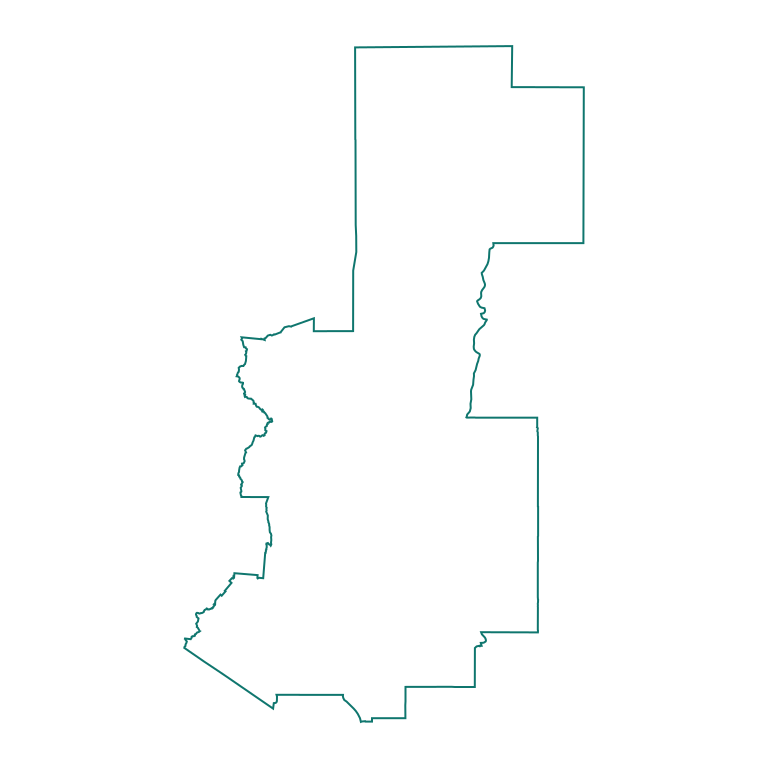 outline of Mid Murray, South Australia, Australia
{"feature_id": "25037944B98973302778113", "entity_name": "Mid Murray", "entity_type": "district", "adm_level": 2, "iso_a3": "AUS", "parent_name": "Australia", "parent_adm1": "South Australia", "projection": "albers", "projection_center": [139.499, -34.416], "detail": "fine", "context": "isolated", "style": "outline", "palette": "teal", "viewbox_px": 768, "rotation_deg": 0, "n_neighbors": 0, "source": "geoboundaries", "source_scale": "gbopen_adm2", "svg_char_len": 6087}
<svg xmlns="http://www.w3.org/2000/svg" viewBox="0 0 768 768"><path d="M184.3,647.9L204.0,661.5L224.5,675.2L273.1,708.6L273.8,703.1L275.7,702.9L276.6,702.0L276.9,701.0L277.0,696.5L276.5,694.8L343.0,694.9L342.9,696.4L343.3,698.0L344.3,700.0L346.6,701.6L353.7,708.6L355.8,711.0L357.8,713.9L360.0,718.2L360.9,721.9L361.9,721.5L365.2,721.2L365.4,721.6L372.0,721.6L372.0,718.2L405.4,718.2L405.3,705.1L405.5,701.4L405.5,686.9L451.8,686.8L454.9,687.0L474.8,687.0L474.9,648.0L476.6,646.4L479.3,645.8L479.3,646.1L479.9,646.3L481.1,645.5L481.3,645.8L481.6,645.8L480.8,642.9L483.0,642.8L483.9,642.6L485.5,641.6L485.9,640.9L485.9,640.1L485.5,638.6L484.8,637.4L481.9,634.3L481.1,632.2L537.9,632.4L538.0,630.6L537.8,629.6L537.9,607.2L537.8,606.7L537.9,605.7L537.8,603.4L538.0,602.4L538.1,599.5L537.9,599.2L537.9,597.9L537.8,597.5L537.8,562.5L538.0,561.0L537.9,536.5L538.1,536.1L538.1,506.6L537.9,506.5L538.0,436.3L537.8,435.6L537.8,432.3L537.3,431.2L537.8,428.3L537.4,427.5L537.0,427.3L537.2,426.6L537.2,417.7L475.8,417.7L474.8,417.5L466.8,417.6L466.4,417.4L466.7,416.7L467.2,414.5L469.8,411.5L470.7,408.1L470.5,403.8L471.3,399.3L471.0,391.3L471.2,389.7L473.1,384.8L473.5,379.6L474.0,376.1L473.9,373.4L475.6,370.1L477.1,363.9L478.2,361.0L478.7,358.5L479.7,355.9L479.8,355.1L479.7,354.3L479.3,353.8L476.4,352.1L475.4,351.2L474.2,349.6L473.9,348.8L473.7,346.7L474.1,343.3L473.9,339.6L474.3,336.9L475.2,334.7L476.4,333.4L479.3,329.2L483.9,325.2L484.5,324.3L485.1,322.6L486.8,320.0L486.8,319.6L484.8,319.2L483.6,318.9L482.9,318.4L482.3,317.7L481.6,316.5L481.0,313.8L483.7,313.2L484.8,311.9L485.1,310.4L484.5,308.2L481.5,307.6L479.9,306.7L478.0,303.7L477.1,301.3L477.2,301.0L477.8,300.4L479.6,299.2L480.8,297.9L481.3,296.2L481.1,293.2L481.2,292.0L482.1,290.1L484.3,287.2L484.9,285.8L485.0,284.3L484.6,283.0L483.4,280.1L482.7,276.7L481.9,274.3L481.7,272.9L483.3,271.3L484.0,270.5L487.5,264.1L488.4,261.2L489.0,257.8L489.3,252.2L489.6,249.4L490.3,248.7L492.5,247.7L493.2,246.7L493.6,245.6L493.3,243.1L583.4,243.1L583.8,87.3L511.7,87.1L512.2,46.1L355.1,47.4L355.3,139.5L355.5,139.9L355.7,224.9L356.2,236.0L356.3,252.0L353.2,270.6L353.1,331.1L313.8,331.2L313.9,318.3L291.7,326.2L291.3,326.6L288.9,326.2L284.5,327.3L280.8,332.0L280.7,332.4L280.3,332.5L280.3,332.4L274.7,334.6L274.1,334.3L272.7,335.2L271.8,335.5L270.3,334.8L267.8,335.6L265.8,337.9L264.5,338.5L264.7,340.0L261.3,338.8L261.2,339.2L241.6,337.3L242.1,338.3L241.3,339.7L242.7,341.2L243.3,344.8L244.1,347.2L245.6,347.3L245.8,348.2L247.0,349.2L246.6,350.9L245.9,351.2L246.3,352.7L245.9,354.0L245.2,354.8L245.8,355.9L246.3,356.1L245.9,361.0L245.0,364.1L244.3,364.6L243.4,366.0L241.6,365.9L241.1,366.1L239.7,366.7L239.5,367.1L238.7,367.8L239.0,369.7L238.7,371.9L238.1,372.3L237.8,372.8L237.7,373.4L237.0,374.9L237.2,375.3L236.7,376.3L238.0,376.5L238.9,377.1L239.6,378.0L239.7,378.9L239.0,381.1L239.6,381.9L240.7,382.5L242.3,382.6L243.0,382.8L243.0,383.8L242.4,384.8L242.1,386.2L242.3,387.4L242.6,387.9L243.8,388.8L243.7,389.3L244.1,389.4L245.1,392.0L244.9,392.6L244.0,393.5L244.0,393.8L245.2,394.5L245.0,395.3L244.6,395.6L244.7,396.3L245.0,397.0L245.8,396.7L246.9,397.1L247.5,398.2L248.9,398.6L251.1,398.7L251.5,399.3L252.3,399.6L253.6,401.1L253.6,402.4L253.9,402.6L253.7,403.7L255.6,403.8L256.0,405.5L256.7,406.7L258.0,406.9L259.2,407.6L259.8,408.6L260.7,409.5L261.5,409.9L262.3,409.4L262.9,410.0L262.8,410.4L262.2,410.9L262.2,411.5L262.6,411.7L263.9,411.6L264.3,412.2L264.3,412.6L265.2,413.1L267.4,416.4L267.5,417.9L268.5,418.4L268.6,419.0L269.8,419.7L270.2,419.7L271.1,418.5L271.4,418.6L271.7,418.9L272.2,421.4L271.6,421.9L271.2,421.8L270.3,421.9L269.4,421.9L269.3,422.3L269.1,422.6L267.8,422.8L267.5,423.2L267.6,424.1L267.1,424.2L266.9,424.6L266.9,425.5L266.7,426.2L266.1,426.4L265.3,427.1L265.0,427.8L265.4,428.6L265.2,430.1L265.6,430.6L266.5,431.1L266.1,432.5L265.7,433.0L265.2,433.1L264.6,433.9L264.6,435.3L263.6,435.8L263.1,435.3L262.4,435.2L260.6,436.6L259.8,436.5L259.3,435.9L258.2,435.8L257.5,436.1L255.5,435.4L254.8,437.0L254.3,437.3L253.5,440.6L252.6,442.4L252.3,443.6L251.6,445.1L249.7,446.4L249.3,447.1L247.2,448.4L246.3,448.7L245.1,450.3L246.0,452.4L245.6,452.5L244.1,457.5L244.0,459.2L244.5,460.3L244.6,461.2L243.8,463.0L242.6,463.6L242.0,463.6L241.9,463.9L242.5,465.1L241.3,466.3L240.2,466.3L239.6,467.6L239.1,470.4L239.0,472.0L238.4,473.2L238.2,475.0L239.1,475.4L239.1,476.6L240.2,477.5L240.3,478.6L241.3,479.6L241.9,480.5L242.0,481.4L242.7,482.1L241.1,484.6L241.3,485.1L241.8,485.2L241.8,486.1L240.7,487.8L241.4,491.3L241.2,491.9L240.5,492.3L240.4,492.7L241.0,495.6L241.4,495.9L241.4,497.0L268.3,497.1L266.0,503.5L266.2,504.5L266.1,506.6L266.7,507.8L266.4,508.9L266.6,510.6L266.2,511.6L267.8,515.4L267.7,519.1L268.4,521.5L268.4,522.5L268.9,523.2L269.2,524.3L269.1,525.1L269.6,527.1L269.6,530.0L269.9,532.3L270.9,533.6L271.4,535.5L271.1,537.0L271.3,540.1L271.0,542.6L271.3,544.5L270.7,545.7L269.9,544.6L269.1,544.4L267.9,543.0L267.2,543.2L267.1,543.7L266.4,543.7L266.3,544.4L266.7,545.4L266.7,547.6L266.3,548.5L266.4,549.6L265.9,550.0L265.9,551.7L265.7,552.0L265.6,552.9L265.2,552.9L263.2,578.2L259.0,577.8L258.5,578.0L257.0,578.9L257.3,578.6L257.6,575.1L234.4,573.2L234.1,577.1L233.4,576.5L233.0,578.5L231.9,578.2L229.4,580.9L231.5,582.9L224.8,590.8L225.5,591.4L221.7,595.7L220.5,594.6L215.7,600.0L215.2,601.1L215.3,601.7L215.1,603.0L214.1,604.1L215.1,604.4L214.9,605.1L214.0,605.8L213.6,606.7L213.3,606.7L212.9,607.5L212.8,608.0L212.1,608.5L211.5,608.2L210.8,608.9L210.1,609.0L209.1,609.5L207.7,609.4L207.5,608.8L206.6,608.5L206.2,609.1L205.6,609.6L204.7,609.9L203.9,611.2L203.9,611.8L202.7,612.7L201.7,613.1L201.1,613.0L199.9,613.5L199.1,613.5L198.5,613.1L197.6,612.9L196.8,612.9L196.2,613.5L196.0,614.7L196.6,615.7L196.7,616.9L198.5,618.4L197.9,621.5L196.2,623.7L197.1,625.8L196.8,627.0L197.8,627.7L199.5,630.7L199.4,631.2L199.7,631.3L198.8,632.0L197.1,632.5L195.8,634.1L195.0,634.3L194.7,635.0L194.9,635.7L193.9,636.2L192.4,636.2L191.6,636.9L191.7,637.6L190.7,639.2L184.2,638.4L185.1,638.9L185.7,640.1L186.8,641.4L186.4,642.9L185.6,644.3L185.4,646.1L184.6,646.7L184.3,647.9Z" fill="none" stroke="#0f766e" stroke-width="2"/></svg>